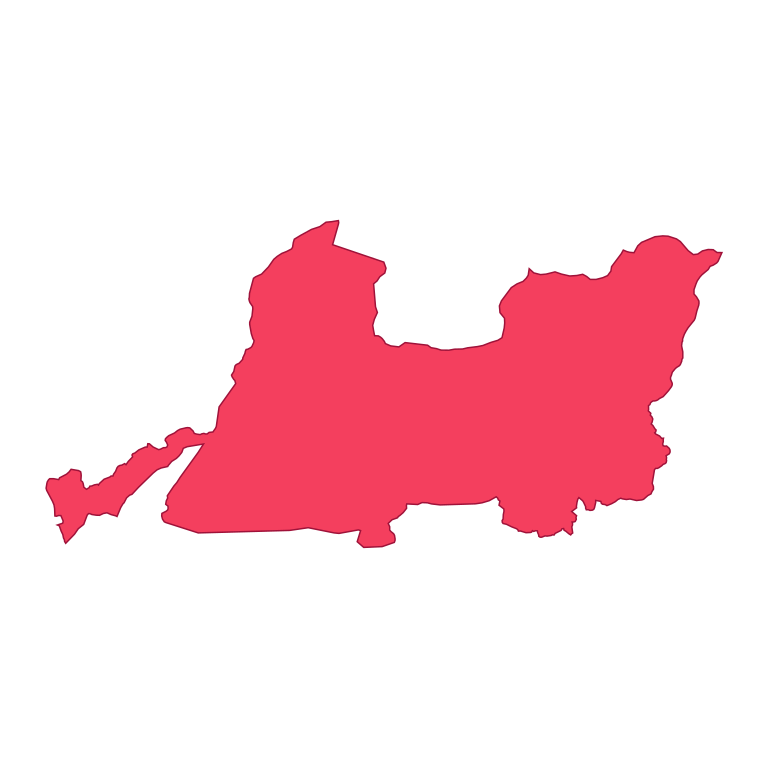 Aldai, Rift Valley, Kenya (Mercator projection)
{"feature_id": "3690345B36924206491537", "entity_name": "Aldai", "entity_type": "district", "adm_level": 2, "iso_a3": "KEN", "parent_name": "Kenya", "parent_adm1": "Rift Valley", "projection": "mercator", "projection_center": [34.935, 0.06], "detail": "fine", "context": "isolated", "style": "filled", "palette": "rose", "viewbox_px": 768, "rotation_deg": 0, "n_neighbors": 0, "source": "geoboundaries", "source_scale": "gbopen_adm2", "svg_char_len": 6078}
<svg xmlns="http://www.w3.org/2000/svg" viewBox="0 0 768 768"><path d="M721.9,252.6L717.0,252.5L713.2,249.7L708.1,249.5L702.4,250.9L697.7,254.1L693.3,254.6L688.1,250.6L680.4,241.6L676.5,238.9L668.2,236.2L662.8,235.9L655.0,236.7L641.5,242.4L637.8,245.8L634.0,252.7L629.6,252.3L626.9,251.6L623.3,250.1L621.3,253.7L611.6,266.6L610.9,271.1L607.6,275.6L602.8,277.7L596.2,279.4L590.2,279.4L586.7,276.5L582.7,274.3L576.9,275.5L569.8,276.0L561.5,274.1L555.0,271.9L546.1,274.1L540.5,274.6L533.8,272.9L529.2,268.7L528.2,275.3L526.3,278.2L523.1,281.4L517.0,283.9L511.3,287.6L501.4,300.9L499.4,305.9L500.0,312.7L504.5,318.2L504.7,323.0L504.2,328.1L502.0,337.7L497.9,340.3L490.9,342.4L482.9,345.5L477.4,346.6L467.7,347.8L462.5,349.0L454.4,349.2L448.9,350.2L441.1,350.1L436.4,348.6L431.1,347.7L427.6,345.2L405.1,342.6L398.9,346.9L390.7,345.9L385.4,343.6L384.3,341.3L382.2,338.6L380.6,337.2L378.4,335.9L374.6,335.7L373.6,330.7L372.7,325.3L374.3,319.4L377.4,312.5L375.5,306.8L373.6,283.8L377.0,281.0L379.8,276.7L384.8,273.0L386.0,268.2L383.8,262.1L332.6,244.7L338.3,224.6L338.7,222.7L338.4,220.6L331.5,221.7L326.0,222.2L319.9,226.6L311.5,229.4L300.9,235.2L294.3,239.2L293.3,242.5L292.6,247.1L291.6,248.9L286.6,251.5L281.8,253.4L277.2,256.4L273.8,259.3L268.4,267.0L261.6,274.1L255.6,276.8L253.5,278.3L249.5,293.3L249.3,297.3L248.9,298.9L249.3,300.9L250.0,302.7L252.6,306.5L252.8,308.6L252.0,316.2L249.7,322.2L249.7,324.4L251.3,333.6L252.9,338.6L254.1,340.6L253.6,342.8L251.9,346.5L250.8,347.6L247.8,349.2L246.1,349.5L245.4,351.1L244.9,353.4L242.8,357.9L242.7,359.3L239.2,363.2L236.2,364.6L235.0,366.0L233.8,371.5L231.5,375.1L232.1,376.8L233.8,379.5L234.8,380.4L235.7,383.6L219.1,406.9L216.3,426.5L215.5,428.3L212.9,432.0L209.1,432.4L207.2,433.9L205.6,434.0L203.9,433.4L201.9,433.8L200.2,434.6L196.6,434.1L194.3,433.4L193.0,430.9L189.8,427.9L187.7,427.6L186.0,427.8L180.1,429.2L177.5,430.6L174.5,433.0L168.7,435.7L166.6,437.5L165.4,438.9L165.2,440.5L166.4,442.1L167.7,445.0L167.0,446.9L165.7,447.6L163.4,447.7L160.2,449.3L158.5,449.6L153.1,447.0L149.4,443.8L147.8,443.7L147.2,447.0L145.2,447.1L138.8,449.9L134.9,453.0L132.8,453.8L132.0,455.0L132.6,456.9L128.3,461.4L126.0,464.7L124.7,463.6L121.6,465.2L120.0,465.4L118.2,466.3L117.0,467.8L115.6,471.3L113.5,474.3L113.0,476.0L111.1,476.0L109.7,477.1L104.1,479.2L99.3,483.6L98.5,485.1L97.4,484.3L94.3,484.9L91.7,486.0L89.8,486.2L89.2,487.6L86.5,489.3L83.9,487.3L83.1,483.3L82.4,481.7L80.9,480.6L81.2,475.5L81.0,473.4L80.6,471.7L78.6,470.6L71.1,469.3L69.1,471.9L66.5,474.2L59.6,477.8L58.7,479.6L53.6,478.7L49.7,478.7L48.6,479.7L47.3,481.8L46.9,483.3L46.1,488.2L46.7,490.4L52.5,501.3L54.0,504.9L54.6,508.6L54.9,516.0L56.5,516.2L58.7,515.5L60.9,515.6L63.2,521.1L62.7,523.2L57.4,525.0L59.3,525.8L61.2,531.2L62.8,534.5L63.5,538.0L64.4,539.8L64.6,541.5L65.7,543.3L74.5,534.2L78.3,528.7L83.7,524.4L87.2,515.1L88.5,513.6L90.1,513.7L91.8,514.5L96.3,515.2L99.6,515.3L103.3,513.5L107.0,512.8L111.1,514.6L115.6,515.8L117.0,516.5L120.7,507.6L122.8,504.0L124.1,502.7L126.6,497.8L129.6,495.2L132.0,494.3L138.4,487.4L153.2,473.0L157.1,469.8L161.1,468.0L167.7,466.5L168.4,465.3L171.7,461.4L176.4,458.4L179.0,455.9L181.8,452.4L183.3,448.3L187.2,446.7L203.5,444.0L198.3,452.2L180.1,477.4L176.8,482.6L173.9,486.0L167.3,495.8L167.7,498.0L166.3,500.8L165.7,504.3L168.0,506.1L168.1,508.5L167.7,509.9L166.2,511.2L161.9,513.4L161.7,515.9L162.5,519.1L164.3,521.8L166.0,522.6L198.2,532.9L289.7,530.4L308.2,527.7L334.1,532.9L339.0,533.4L358.4,529.9L360.6,530.6L357.2,541.7L363.7,547.4L382.2,546.6L394.3,542.4L395.0,540.6L395.1,539.0L394.5,535.3L393.6,533.7L390.9,531.5L389.7,530.1L389.7,526.7L388.2,523.4L392.1,519.7L397.5,517.8L398.4,516.4L399.6,515.7L403.2,512.6L406.6,508.3L406.4,505.6L406.8,503.9L417.7,504.5L422.0,502.6L427.4,502.8L431.5,503.9L440.1,504.9L475.5,503.8L482.1,502.8L489.2,500.7L496.2,496.8L497.7,498.1L498.3,499.8L499.9,501.0L499.0,505.2L503.8,508.9L504.0,511.1L503.3,514.6L503.1,519.0L502.1,520.6L502.3,522.4L503.1,523.5L506.5,524.3L511.6,526.8L516.5,528.7L517.8,529.7L518.4,531.1L520.4,531.0L526.0,532.7L530.3,532.5L531.6,532.1L532.4,530.7L533.7,531.4L535.6,530.7L537.3,530.8L537.7,532.7L538.6,534.7L538.8,536.3L540.1,537.2L541.7,537.2L545.0,535.9L547.1,536.1L551.1,535.5L552.5,534.8L554.1,535.0L555.1,533.4L561.1,530.4L562.0,528.8L563.6,528.5L564.1,530.3L565.7,531.1L568.9,533.8L570.7,534.9L571.5,533.8L572.7,533.0L571.8,526.7L572.4,525.5L572.6,523.9L572.1,522.0L573.7,522.0L575.2,521.5L576.3,519.3L576.0,517.3L576.6,515.7L571.7,511.5L576.6,507.8L576.4,506.4L577.0,502.3L577.8,499.2L578.9,497.6L582.7,500.8L583.5,502.1L585.7,506.8L585.6,508.1L586.3,509.8L588.3,509.7L589.9,510.4L591.2,510.3L592.6,510.1L593.8,509.3L594.5,507.7L595.7,502.5L595.7,500.4L600.8,501.4L601.4,503.4L602.5,504.2L605.3,504.6L606.9,505.6L611.6,503.7L615.4,501.6L617.9,499.5L620.8,498.2L622.1,498.8L626.4,499.5L630.0,499.0L636.5,500.5L641.8,499.9L643.6,499.3L647.9,495.5L651.0,493.9L651.9,491.7L653.5,489.2L653.4,486.5L652.2,483.4L654.5,469.7L655.6,468.4L657.4,468.4L658.9,467.7L661.8,465.7L663.2,464.3L664.9,463.7L666.1,462.7L666.6,460.7L666.3,459.3L666.6,457.8L666.1,455.7L669.3,453.8L670.1,452.0L670.0,450.0L669.2,448.3L666.6,446.0L664.8,446.2L663.1,445.7L662.7,443.9L663.3,441.6L663.2,439.8L663.5,438.2L661.7,438.4L659.6,436.0L655.7,434.0L654.7,432.8L655.7,431.9L656.1,430.0L654.9,428.8L652.9,425.5L651.2,424.0L652.1,422.2L652.8,419.0L651.8,416.7L650.3,415.2L650.8,413.3L648.3,410.9L648.6,409.4L648.5,405.6L649.9,404.6L650.6,402.7L651.9,401.6L653.2,400.9L654.9,400.9L656.5,400.5L657.9,399.8L659.5,398.5L663.2,396.6L668.5,390.7L671.5,386.6L672.2,384.9L672.2,383.2L670.5,379.2L670.6,377.0L671.3,375.6L672.3,372.2L675.0,368.9L676.5,367.5L679.4,365.7L680.3,364.6L681.7,361.3L681.9,359.4L682.8,358.0L682.8,351.9L681.6,345.8L682.0,342.3L682.6,341.1L682.6,339.0L684.3,334.3L686.1,330.9L688.1,327.7L694.2,320.2L695.1,318.3L696.9,310.8L698.7,305.3L699.0,303.3L698.9,301.0L696.5,296.9L694.0,294.0L694.0,289.7L696.0,283.9L697.3,280.8L700.0,276.9L701.9,274.8L708.2,269.5L710.1,266.3L713.1,265.2L716.6,263.0L718.0,261.4L721.9,252.6Z" fill="#f43f5e" stroke="#9f1239" stroke-width="1.5"/></svg>